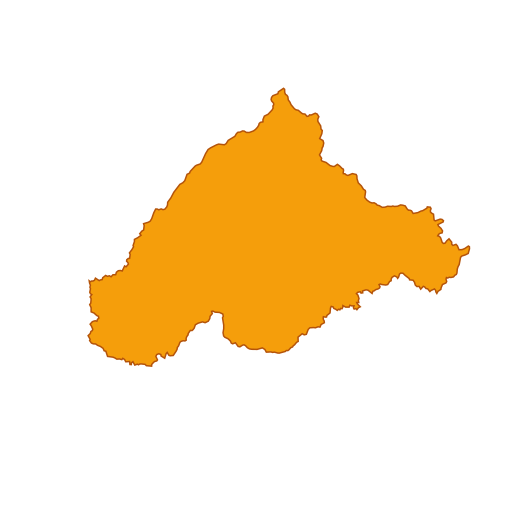 the district of Goiás, Goiás, Brazil, rotated 148°
{"feature_id": "56859067B96777587562664", "entity_name": "Goiás", "entity_type": "district", "adm_level": 2, "iso_a3": "BRA", "parent_name": "Brazil", "parent_adm1": "Goiás", "projection": "orthographic", "projection_center": [-50.254, -15.839], "detail": "fine", "context": "isolated", "style": "filled", "palette": "amber", "viewbox_px": 512, "rotation_deg": 148, "n_neighbors": 0, "source": "geoboundaries", "source_scale": "gbopen_adm2", "svg_char_len": 6117}
<svg xmlns="http://www.w3.org/2000/svg" viewBox="0 0 512 512"><g transform="rotate(148 256 256)"><path d="M196.2,364.3L198.7,365.9L199.9,368.3L201.2,369.2L203.9,369.5L205.7,370.5L207.6,370.2L210.5,368.7L218.3,368.8L221.8,367.1L223.9,367.1L228.4,370.7L230.6,371.2L237.2,371.8L240.2,371.7L244.4,369.6L252.2,364.4L254.5,363.6L258.3,364.5L260.0,364.5L267.0,362.6L268.4,361.5L271.2,361.8L276.5,357.6L279.2,356.9L282.6,357.1L291.9,353.6L297.4,350.4L302.4,348.4L304.0,346.2L305.7,344.9L308.6,344.0L310.3,344.6L311.5,346.2L314.0,346.7L314.8,348.1L316.2,349.0L319.8,346.8L324.7,342.9L327.3,341.6L329.5,341.7L334.2,343.0L334.7,341.1L337.5,337.6L339.7,337.6L342.8,336.5L342.5,334.5L346.6,334.2L350.3,334.5L351.5,332.6L354.7,330.0L355.0,328.7L358.0,327.1L361.7,325.7L361.9,324.0L364.4,321.0L365.6,321.6L367.6,321.3L368.5,320.2L368.1,318.2L368.6,316.7L371.9,315.7L372.7,317.2L377.4,314.2L378.7,315.6L380.6,316.5L383.0,316.2L384.9,314.5L387.2,315.9L389.9,315.2L390.8,316.9L392.8,317.5L393.8,319.2L397.5,318.8L399.0,317.5L400.7,318.2L402.0,318.2L403.9,322.3L405.9,321.0L407.6,321.2L408.7,321.9L410.1,321.9L410.6,323.3L411.5,321.2L411.9,319.0L413.4,317.5L413.7,316.0L416.2,313.3L416.4,311.7L415.7,310.3L418.4,309.2L418.4,307.4L419.2,306.1L421.1,303.6L422.8,302.9L423.2,299.6L425.4,296.0L423.6,293.5L422.6,289.9L421.6,288.4L422.2,286.6L424.0,286.3L425.5,285.0L426.7,286.3L428.4,286.8L429.7,287.0L432.8,286.1L432.7,284.0L433.2,280.5L434.3,279.5L436.0,279.5L437.6,278.1L440.6,277.4L440.8,273.2L441.9,272.5L441.7,269.4L440.5,267.7L438.6,266.4L437.7,264.2L435.9,261.8L434.6,258.7L435.0,256.1L433.8,254.8L435.1,249.5L430.9,246.0L429.8,244.5L428.7,242.3L426.3,241.0L424.7,239.2L423.2,239.8L422.3,237.8L422.5,235.3L419.1,233.5L420.4,230.8L419.3,230.0L418.2,231.4L416.4,231.6L416.6,227.7L414.0,227.2L413.3,226.0L411.8,226.0L410.4,225.2L407.5,222.9L407.1,221.1L402.9,217.9L401.9,219.3L400.3,219.8L398.0,220.3L395.8,219.6L394.6,220.1L394.1,224.0L392.4,225.0L390.2,224.6L388.9,222.9L389.5,221.5L387.6,217.7L384.1,220.7L382.4,221.3L382.5,218.0L381.7,216.9L378.9,215.5L374.2,217.6L372.4,218.7L371.2,220.1L369.3,220.8L366.3,223.1L365.0,223.3L362.8,222.8L361.2,221.6L359.8,221.6L358.9,223.2L357.5,224.3L355.4,225.1L354.6,226.2L351.1,227.7L349.8,226.7L348.4,226.9L346.6,227.6L343.9,229.8L340.7,229.7L336.3,228.5L334.5,226.4L331.0,226.0L328.4,227.4L326.9,229.2L323.6,230.3L323.0,232.6L321.7,232.1L320.5,230.1L316.9,227.5L314.9,224.4L315.7,222.2L317.1,221.4L320.0,214.5L321.9,211.5L324.6,208.4L325.8,205.4L325.5,203.6L323.6,200.7L322.8,197.7L323.1,195.2L322.3,193.9L319.4,193.3L319.1,188.8L317.8,187.5L314.6,187.5L313.2,187.0L312.4,185.5L311.9,182.8L310.8,180.7L309.1,179.2L304.5,176.2L299.3,174.7L298.0,172.0L298.2,169.0L294.1,166.7L293.1,165.5L291.3,164.7L289.0,162.2L287.7,161.3L281.7,159.5L280.4,159.8L279.1,158.9L277.7,159.0L275.1,159.8L273.2,159.5L271.8,160.2L270.5,160.2L267.3,161.3L265.5,161.2L263.4,164.9L258.0,165.6L256.9,163.6L254.8,162.9L250.6,166.1L248.4,166.6L245.1,164.8L243.6,163.6L240.9,163.1L239.4,161.8L237.1,163.4L233.4,163.2L232.6,164.8L232.6,166.2L231.9,167.8L231.0,168.8L229.7,167.5L228.5,166.9L227.4,168.0L223.4,168.5L220.4,172.4L218.9,173.4L217.6,172.0L217.8,170.3L216.6,168.6L215.9,166.8L214.3,167.1L213.4,165.9L212.1,166.7L211.0,165.7L209.6,166.5L208.6,167.9L207.1,165.2L204.1,163.3L202.5,164.5L201.1,162.8L199.3,161.8L200.8,160.5L200.9,159.0L199.2,158.5L198.9,157.0L196.4,157.9L194.5,157.7L195.4,161.5L195.2,163.2L193.5,162.1L192.7,164.1L191.2,165.3L190.3,168.8L190.8,170.9L188.9,171.3L186.5,170.4L186.6,168.9L185.0,168.2L184.2,169.9L180.6,169.0L179.1,167.6L177.4,162.7L175.6,164.2L173.9,163.8L172.5,164.1L170.0,163.4L168.2,163.4L167.1,164.2L166.8,166.6L165.4,166.4L164.5,165.2L161.3,162.6L159.4,162.0L156.2,163.6L154.5,163.4L153.6,164.8L152.0,165.8L149.1,165.8L147.7,163.6L147.7,162.0L146.2,162.6L143.8,164.7L142.3,164.8L140.5,163.5L139.8,160.6L138.0,155.6L138.4,154.4L135.6,152.2L135.5,149.9L136.3,146.9L135.7,144.8L133.8,143.8L133.9,140.6L130.2,141.6L129.4,140.5L129.1,138.4L127.8,137.2L127.4,133.7L125.9,134.0L122.1,133.5L121.9,131.6L122.5,130.2L122.5,128.4L120.4,129.6L116.9,129.7L115.9,130.9L113.0,133.0L109.2,132.5L107.8,133.3L107.2,135.6L105.9,136.8L105.1,135.7L103.4,135.6L102.1,134.5L99.6,133.6L97.5,134.3L95.9,134.2L94.6,135.1L92.2,138.3L90.3,139.9L88.3,141.0L83.2,146.5L81.4,146.9L77.8,146.0L74.7,145.7L71.1,149.0L70.1,150.8L70.6,151.9L75.0,151.7L77.8,152.2L80.5,153.7L79.8,157.9L80.2,159.9L83.4,160.6L83.8,162.2L82.7,164.0L83.2,168.3L86.2,167.8L88.9,166.7L90.4,167.3L90.9,168.9L89.8,173.5L90.0,175.4L91.2,176.8L89.7,177.6L88.0,177.7L85.9,177.0L84.5,178.4L84.5,181.5L85.4,184.7L85.1,186.3L79.3,185.7L78.3,186.6L78.9,188.5L80.3,189.7L85.4,190.8L85.9,192.2L83.3,197.4L84.4,199.4L84.7,200.9L84.0,202.2L82.5,203.3L82.3,205.0L84.7,206.9L85.8,206.0L90.6,206.1L92.3,206.7L95.7,207.0L100.2,208.8L100.2,211.9L101.2,213.3L102.4,214.0L102.9,215.8L102.9,219.4L104.6,221.3L106.3,222.7L109.6,223.2L112.4,224.7L113.5,225.9L115.0,226.3L118.1,228.5L120.6,229.0L123.2,230.4L124.8,233.5L126.2,234.8L126.5,236.5L127.6,238.5L129.5,239.5L131.0,241.4L132.3,244.6L132.8,248.0L129.1,252.3L128.6,253.7L129.5,255.6L129.5,259.6L130.5,263.8L129.4,268.0L128.0,270.5L127.9,272.1L130.6,274.8L135.4,275.6L136.5,277.0L137.0,278.6L138.3,279.6L137.7,280.8L136.5,282.0L135.9,283.4L136.6,284.6L137.4,288.2L138.4,290.6L142.2,290.4L143.4,291.3L145.3,293.5L147.0,298.2L149.7,301.5L149.8,303.0L148.6,304.1L148.6,308.1L144.5,310.5L142.5,312.7L141.2,313.3L138.7,315.9L138.0,318.4L139.8,321.8L135.4,324.8L133.3,327.3L133.6,329.2L132.2,332.1L132.2,337.4L131.0,339.4L128.9,340.8L128.9,344.0L130.1,345.7L134.4,346.3L135.8,347.3L137.2,346.8L138.8,347.4L139.2,350.4L140.9,351.7L141.6,352.9L142.9,357.1L144.6,358.8L145.4,360.5L146.1,365.8L145.7,368.5L145.9,371.3L144.6,374.1L144.6,375.8L145.3,377.5L145.0,379.4L143.4,382.2L143.8,383.6L150.0,383.4L151.4,382.0L156.7,383.0L158.7,382.3L160.2,380.8L160.6,379.2L160.1,376.3L160.9,374.8L162.1,374.3L163.2,372.3L165.0,371.3L170.6,369.8L174.8,370.2L177.8,368.0L179.0,366.1L181.4,367.0L183.1,366.7L184.5,365.4L186.5,364.4L189.4,363.6L191.8,363.4L196.2,364.3Z" fill="#f59e0b" stroke="#b45309" stroke-width="1.5"/></g></svg>